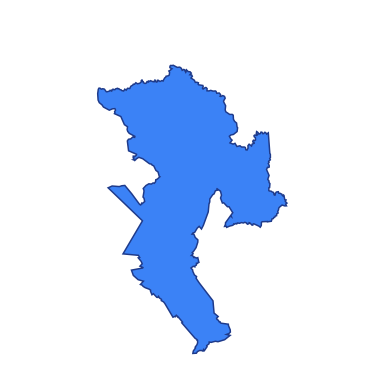 the district of Actopan, Hidalgo, Mexico, rotated 324°
{"feature_id": "50627088B28415478527281", "entity_name": "Actopan", "entity_type": "district", "adm_level": 2, "iso_a3": "MEX", "parent_name": "Mexico", "parent_adm1": "Hidalgo", "projection": "natural_earth1", "projection_center": [-98.884, 20.309], "detail": "fine", "context": "isolated", "style": "filled", "palette": "blue", "viewbox_px": 384, "rotation_deg": 324, "n_neighbors": 0, "source": "geoboundaries", "source_scale": "gbopen_adm2", "svg_char_len": 6052}
<svg xmlns="http://www.w3.org/2000/svg" viewBox="0 0 384 384"><g transform="rotate(324 192 192)"><path d="M259.1,105.3L259.6,103.0L258.2,99.2L260.3,98.6L260.5,97.1L259.2,95.9L261.3,95.4L261.1,93.6L259.7,92.3L259.3,89.7L258.7,89.9L257.9,91.2L257.3,91.5L257.7,88.6L257.4,88.0L255.6,87.8L256.1,85.7L255.5,83.8L253.3,82.5L251.3,78.4L250.0,77.9L249.3,77.1L248.2,77.2L247.2,78.4L248.2,80.5L247.0,80.4L246.4,80.8L244.4,80.5L244.2,82.0L242.4,84.0L241.1,84.0L239.0,83.1L238.5,83.6L236.8,83.7L233.8,85.2L233.2,84.2L231.1,83.8L230.2,81.5L229.7,81.4L229.0,82.4L227.9,82.2L227.6,81.5L228.1,80.2L227.8,79.7L226.7,80.7L226.0,80.5L226.0,80.0L225.1,79.6L223.9,77.6L223.2,77.7L222.0,76.6L221.4,77.4L220.4,76.3L219.3,77.0L217.8,76.6L216.9,74.9L217.4,74.2L217.0,73.2L217.5,72.3L217.1,71.9L216.5,72.0L215.6,73.1L213.5,73.3L211.4,72.3L210.8,70.6L208.8,71.0L207.9,70.3L206.9,70.7L204.6,70.5L202.5,71.7L200.8,70.2L198.6,70.9L198.1,69.3L196.1,70.1L194.8,68.7L194.7,67.7L193.9,66.8L193.5,65.4L192.8,65.1L192.8,64.4L191.1,63.7L189.7,63.9L188.5,62.4L187.9,62.8L186.9,62.3L186.3,63.0L185.5,61.6L184.7,61.9L182.0,60.9L181.6,60.4L181.6,57.3L180.5,56.0L179.1,55.5L178.6,53.9L177.8,53.3L176.6,53.8L173.5,57.0L170.1,62.4L169.5,65.2L170.4,68.6L170.3,71.2L173.2,77.2L176.6,78.0L178.6,79.2L178.3,80.8L176.6,81.5L176.3,82.5L175.3,83.0L178.8,89.1L176.9,97.8L178.2,101.3L176.2,103.4L175.6,105.2L175.7,107.7L178.5,113.4L177.7,114.1L176.4,112.7L173.7,113.0L171.6,112.0L169.7,112.7L164.9,121.4L169.3,128.9L168.9,129.4L167.2,129.7L165.7,128.6L165.5,129.3L165.0,129.2L165.0,130.0L164.5,130.0L164.6,130.7L163.8,131.2L164.2,131.9L163.6,131.6L164.3,132.7L163.5,133.0L166.4,132.5L169.4,132.7L171.7,136.1L174.2,144.1L175.6,145.7L175.5,146.7L176.4,148.4L175.5,153.3L176.3,155.9L174.7,160.1L175.0,160.8L171.5,161.2L169.9,160.8L168.5,162.3L166.6,162.8L165.9,161.8L163.8,161.7L161.9,160.0L158.6,159.7L154.6,160.5L154.1,162.4L153.4,163.4L149.4,167.3L149.5,168.9L148.1,171.9L144.8,172.1L144.8,171.5L142.9,172.3L142.3,171.2L142.2,158.1L141.5,147.2L138.9,145.7L136.4,144.9L130.9,140.2L126.6,139.3L135.0,186.2L99.8,201.5L111.4,211.7L111.2,214.2L109.8,213.7L110.1,218.3L109.5,220.8L106.3,221.4L107.9,224.2L107.4,224.5L97.1,219.6L95.5,225.0L96.9,231.3L100.3,235.6L95.9,236.5L96.9,238.0L97.0,239.7L97.9,241.9L100.2,245.4L100.8,247.1L100.1,247.9L99.2,251.6L101.0,251.6L101.6,256.5L102.4,257.2L103.5,256.7L103.4,258.7L104.2,260.9L103.3,261.8L104.4,264.1L104.5,266.1L103.0,282.1L105.2,282.6L105.2,283.0L106.8,282.5L106.9,284.6L107.3,284.4L107.9,291.7L106.8,291.8L108.5,312.1L109.3,314.3L108.9,314.8L109.3,315.3L107.9,317.3L106.4,318.4L103.3,319.4L103.2,320.2L99.6,321.4L97.8,323.1L100.8,325.0L102.6,324.3L105.0,324.7L106.5,325.8L107.4,327.2L108.7,326.2L108.8,327.6L113.3,326.0L113.6,324.9L116.6,324.8L117.7,323.5L119.1,324.9L123.2,326.5L125.0,328.4L131.6,330.7L138.6,330.4L136.2,327.5L138.6,328.2L140.7,327.9L141.9,326.0L143.0,321.5L143.7,320.3L138.5,315.3L138.1,314.4L138.4,313.5L137.7,313.1L137.9,311.2L137.3,309.8L137.7,308.5L139.0,308.5L139.1,308.9L139.2,308.2L140.0,308.1L138.7,302.9L145.0,292.4L144.4,269.7L144.6,264.2L146.0,263.1L145.2,260.5L146.1,256.3L146.7,255.6L146.5,252.9L149.3,252.8L150.3,254.2L150.7,253.6L152.5,253.7L153.7,252.3L154.1,252.9L154.9,253.0L155.9,252.4L156.3,252.8L158.1,248.5L157.0,248.3L156.5,247.2L155.9,247.0L155.6,245.8L155.0,245.9L155.1,243.6L154.3,243.0L156.6,242.6L156.6,241.1L158.1,241.0L162.6,239.4L167.2,236.0L168.6,234.2L167.9,230.6L168.6,227.9L168.3,227.0L167.3,226.1L168.7,225.7L170.3,226.3L175.0,224.3L177.6,224.0L177.9,227.5L181.5,225.7L193.4,217.7L198.7,211.7L200.5,210.5L202.3,208.1L207.1,206.4L208.8,206.5L211.7,204.7L213.9,205.6L213.9,204.2L214.2,204.1L215.5,208.1L214.0,211.9L211.5,213.7L210.1,218.8L211.1,219.2L211.4,219.9L212.0,224.7L213.3,225.7L212.8,232.7L209.8,233.7L209.4,235.1L209.1,233.9L201.0,236.6L200.1,237.8L198.1,239.0L199.6,239.9L199.3,241.0L202.4,241.7L205.1,242.8L206.1,242.9L207.0,242.4L207.3,243.0L208.3,243.0L209.1,243.8L209.4,243.5L209.9,244.1L210.7,243.9L212.1,245.3L213.9,245.7L215.4,247.3L217.0,247.6L218.0,249.3L217.7,249.7L218.1,250.8L219.8,251.1L220.2,250.4L220.6,250.8L221.1,254.1L221.8,254.5L222.6,253.8L223.3,254.0L226.1,259.0L226.5,260.6L228.3,259.9L230.3,257.4L231.3,257.3L235.7,260.2L235.5,260.5L239.0,262.3L240.9,260.8L242.3,261.3L243.2,260.7L244.2,261.0L245.4,260.4L246.5,260.9L247.7,259.5L249.3,259.6L250.0,258.0L251.5,257.3L252.6,256.1L253.8,255.7L257.2,255.5L258.9,257.8L260.3,258.7L260.6,256.9L262.3,256.8L261.9,254.6L263.4,253.7L262.5,252.8L264.4,248.8L264.2,248.2L263.3,248.7L263.1,247.5L263.4,246.7L262.6,245.0L261.5,244.0L262.0,242.5L260.2,241.6L258.5,242.2L257.5,243.3L257.0,243.1L256.8,242.6L257.7,240.2L256.9,239.2L256.6,238.0L255.1,236.5L255.0,236.0L256.6,233.8L257.4,234.0L260.0,231.0L259.9,229.8L260.8,228.1L260.7,226.3L264.1,223.9L265.5,217.6L267.6,216.4L268.3,217.1L269.1,217.2L270.0,216.0L270.5,213.7L271.7,213.4L272.0,212.2L274.3,212.0L274.5,210.6L275.7,210.2L277.6,207.5L277.6,206.6L288.5,189.0L286.4,189.0L286.5,187.4L286.1,186.5L284.3,186.8L283.6,186.5L283.7,184.7L283.0,184.1L281.6,184.9L280.5,184.5L280.2,182.0L279.8,181.1L278.3,182.6L278.3,183.3L279.1,184.0L278.7,184.2L277.6,184.3L276.5,182.9L275.4,182.8L274.8,183.8L275.2,185.3L274.0,187.2L273.0,187.3L272.2,186.2L271.1,186.6L270.6,187.3L271.3,188.4L271.0,189.1L268.8,188.6L267.2,189.8L266.3,186.9L264.5,187.4L263.1,189.5L261.2,190.4L260.4,189.5L261.3,187.4L260.9,186.5L258.5,184.7L258.0,182.8L255.1,181.6L255.4,177.9L253.4,177.4L251.6,174.6L254.9,173.6L254.6,171.7L255.0,168.8L256.9,168.7L259.4,169.8L264.0,169.6L266.7,166.8L266.7,165.8L268.6,162.4L268.0,159.9L268.3,157.5L270.5,154.1L270.1,152.8L268.1,151.4L266.5,147.0L267.1,145.1L269.9,142.0L270.6,137.7L271.1,136.9L274.0,135.6L274.5,133.7L273.6,132.1L271.5,131.7L271.0,131.0L271.9,130.7L272.4,129.9L272.2,127.9L270.1,126.7L270.6,124.7L270.3,124.0L268.3,122.7L266.9,120.8L265.1,120.2L263.6,118.9L265.0,117.2L264.8,115.8L264.1,115.3L261.5,115.2L261.5,114.1L263.0,113.3L263.4,112.2L260.4,109.2L260.3,108.5L261.4,107.4L260.4,106.0L259.1,105.3Z" fill="#3b82f6" stroke="#1e3a8a" stroke-width="1.5"/></g></svg>